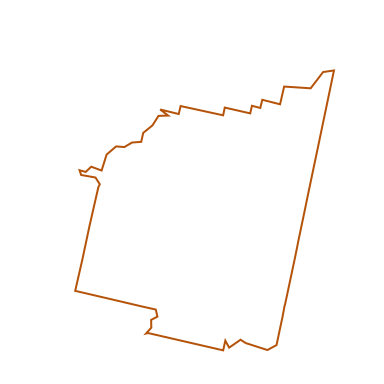 the district of Randolph, Arkansas, United States of America, rotated 102°
{"feature_id": "52423323B52253353626941", "entity_name": "Randolph", "entity_type": "district", "adm_level": 2, "iso_a3": "USA", "parent_name": "United States of America", "parent_adm1": "Arkansas", "projection": "equal_earth", "projection_center": [-91.061, 36.307], "detail": "fine", "context": "isolated", "style": "outline", "palette": "amber", "viewbox_px": 384, "rotation_deg": 102, "n_neighbors": 0, "source": "geoboundaries", "source_scale": "gbopen_adm2", "svg_char_len": 915}
<svg xmlns="http://www.w3.org/2000/svg" viewBox="0 0 384 384"><g transform="rotate(102 192 192)"><path d="M170.0,78.0L129.1,78.1L128.5,78.1L124.6,78.1L44.6,78.4L43.6,78.4L47.4,88.7L65.9,97.5L69.7,123.8L87.9,124.1L87.2,142.4L95.6,142.7L95.2,151.3L103.0,151.4L102.6,177.5L110.5,177.5L110.3,221.0L118.5,221.2L117.9,240.3L122.2,231.2L124.5,240.6L135.0,244.5L144.3,252.0L153.5,252.1L156.1,261.0L162.1,267.5L163.2,275.7L173.1,283.3L189.8,284.9L188.2,295.8L194.5,300.2L194.1,306.5L198.4,304.0L197.9,289.4L203.6,283.8L206.7,284.6L246.8,285.2L280.2,285.2L313.0,285.7L314.4,215.7L314.5,203.0L321.1,199.9L325.6,205.4L333.1,203.6L340.0,207.5L339.1,205.6L340.4,128.6L330.5,128.5L336.5,123.3L326.4,113.8L328.6,108.0L330.9,85.4L324.2,77.5L294.5,77.5L283.9,77.8L282.7,77.6L281.5,77.6L244.8,77.6L243.7,77.6L235.5,77.6L223.2,77.7L219.0,77.8L183.9,77.9L183.7,77.9L170.0,78.0Z" fill="none" stroke="#b45309" stroke-width="2"/></g></svg>